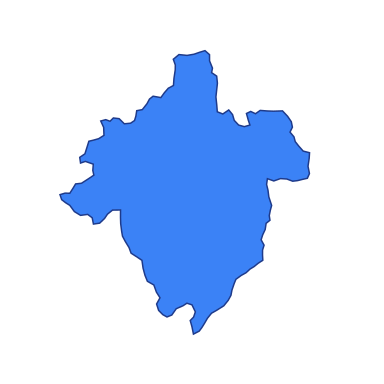 outline of Chácara, Minas Gerais, Brazil, rotated 338°
{"feature_id": "56859067B60950226665994", "entity_name": "Chácara", "entity_type": "district", "adm_level": 2, "iso_a3": "BRA", "parent_name": "Brazil", "parent_adm1": "Minas Gerais", "projection": "mercator", "projection_center": [-43.214, -21.689], "detail": "fine", "context": "isolated", "style": "filled", "palette": "blue", "viewbox_px": 384, "rotation_deg": 338, "n_neighbors": 0, "source": "geoboundaries", "source_scale": "gbopen_adm2", "svg_char_len": 2130}
<svg xmlns="http://www.w3.org/2000/svg" viewBox="0 0 384 384"><g transform="rotate(338 192 192)"><path d="M315.7,199.6L310.4,195.7L308.2,189.5L306.6,184.0L307.2,179.0L305.3,173.2L309.4,169.5L310.4,164.0L309.0,157.6L306.3,150.7L297.8,147.6L292.0,145.0L285.8,141.9L280.2,143.2L276.6,139.3L271.9,139.6L271.1,146.5L270.8,151.6L265.0,151.0L260.3,147.4L258.0,141.4L258.6,135.4L256.8,129.7L249.8,131.2L245.5,127.1L247.5,120.8L249.8,112.8L252.9,107.0L256.3,100.7L258.3,93.8L254.9,88.7L257.4,84.8L257.4,77.0L259.7,71.2L257.0,65.8L251.4,65.3L245.5,65.0L238.6,63.5L231.4,59.7L224.4,61.9L224.1,68.0L222.2,72.5L217.9,79.8L214.7,86.3L208.9,86.9L203.6,89.6L198.5,92.8L191.8,88.6L187.4,89.9L183.3,93.3L176.8,97.0L171.2,95.9L168.4,100.6L165.5,104.2L160.8,105.2L154.8,103.4L151.9,96.7L146.8,93.9L142.5,95.7L139.1,92.6L134.0,92.0L134.3,99.0L131.6,106.5L125.4,107.6L120.0,107.0L115.4,106.3L111.8,110.7L107.0,116.5L100.9,117.8L99.5,123.4L104.6,123.7L110.9,129.2L108.1,134.9L107.3,139.6L101.2,140.9L92.8,142.5L87.1,140.9L83.0,144.0L78.2,147.4L73.9,145.5L68.6,145.0L68.3,150.3L70.8,154.6L73.7,158.6L75.6,166.1L79.9,171.9L86.9,173.7L89.8,178.5L88.6,184.8L94.7,186.3L101.0,183.8L105.3,180.9L111.5,179.0L119.0,181.9L116.1,189.0L114.0,194.7L112.1,201.9L111.0,206.9L111.6,212.7L112.8,219.9L112.6,225.9L115.9,230.6L120.0,236.6L118.1,244.3L117.2,251.6L117.2,258.1L121.8,263.9L121.5,271.5L122.7,278.1L117.2,282.6L116.7,289.3L119.0,294.8L122.0,298.5L127.2,298.5L133.7,294.3L141.1,294.1L145.6,293.2L149.7,296.6L150.2,304.4L146.6,308.6L142.2,310.5L141.5,316.9L140.1,324.3L146.6,323.7L150.5,321.3L154.6,318.3L159.1,314.8L164.7,311.7L170.7,310.9L178.9,309.4L185.0,306.0L189.4,302.4L192.3,297.9L196.8,292.7L200.0,289.4L206.3,287.8L211.9,287.1L216.9,285.2L221.7,284.4L226.5,282.9L232.1,281.8L233.8,276.8L235.7,272.2L238.9,268.3L238.2,262.2L241.5,258.2L245.8,254.2L249.0,248.8L253.7,247.4L254.8,242.8L257.7,238.4L260.8,234.3L261.4,225.3L263.1,218.9L264.0,212.9L266.9,207.9L272.0,212.4L279.0,212.7L284.8,215.5L289.4,219.7L294.2,221.0L299.3,221.7L304.1,222.5L307.8,218.9L309.2,211.6L313.3,204.6L315.7,199.6Z" fill="#3b82f6" stroke="#1e3a8a" stroke-width="1.5"/></g></svg>